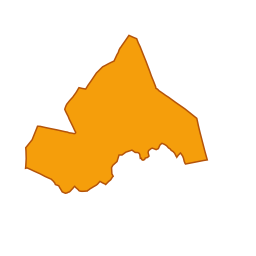 outline of Al-Hamza, Al-Qādisiyyah, Iraq, rotated 204°
{"feature_id": "34846034B52721484909076", "entity_name": "Al-Hamza", "entity_type": "district", "adm_level": 2, "iso_a3": "IRQ", "parent_name": "Iraq", "parent_adm1": "Al-Qādisiyyah", "projection": "equal_earth", "projection_center": [44.892, 31.592], "detail": "fine", "context": "isolated", "style": "filled", "palette": "amber", "viewbox_px": 256, "rotation_deg": 204, "n_neighbors": 0, "source": "geoboundaries", "source_scale": "gbopen_adm2", "svg_char_len": 2792}
<svg xmlns="http://www.w3.org/2000/svg" viewBox="0 0 256 256"><g transform="rotate(204 128 128)"><path d="M205.2,49.5L204.8,49.8L204.2,50.4L203.8,50.5L202.0,50.5L201.3,50.5L200.0,50.5L196.3,50.4L194.1,50.4L192.8,50.4L189.6,50.4L184.1,50.0L179.3,50.0L177.6,50.0L177.0,50.0L175.8,49.4L174.9,49.2L172.4,47.9L171.8,47.2L171.3,46.8L168.9,47.0L168.2,47.0L167.7,47.0L166.6,46.1L165.7,45.4L164.7,44.8L163.8,44.1L162.9,43.5L162.4,43.1L162.1,42.9L160.9,42.9L160.1,42.9L159.5,42.9L159.1,42.9L158.5,43.0L157.2,44.0L156.4,45.1L155.7,45.6L155.4,46.1L155.0,47.0L154.8,47.6L154.4,49.0L153.9,50.0L153.7,51.0L153.5,51.9L153.0,52.7L152.9,53.0L152.4,52.7L151.0,52.2L149.6,51.8L148.4,51.4L147.5,50.9L147.1,50.8L146.6,50.8L145.9,50.9L144.3,51.4L142.5,52.3L141.0,53.1L140.1,53.6L139.6,53.8L139.3,54.7L138.8,55.3L138.4,56.1L137.8,57.2L136.3,59.3L135.3,60.8L134.7,61.5L134.5,61.9L133.8,62.8L133.1,64.1L132.7,65.3L132.2,66.9L131.9,67.8L128.4,67.5L127.7,67.5L127.4,67.5L126.6,67.5L126.2,67.5L125.4,67.3L125.0,68.4L124.8,69.0L123.9,71.4L123.1,72.9L122.7,73.8L122.6,74.6L122.4,75.9L122.4,76.4L121.9,77.9L124.1,79.6L126.9,85.1L126.7,87.7L124.4,92.9L125.2,99.7L122.5,100.9L120.1,105.1L115.4,109.4L111.5,108.6L108.9,109.6L107.3,109.3L106.3,108.3L104.4,105.3L103.8,105.8L102.5,104.7L101.2,104.7L100.0,106.0L100.0,107.5L98.2,109.0L97.4,110.9L99.7,113.8L100.0,115.8L98.5,118.6L97.7,119.4L96.1,119.6L93.5,119.7L91.9,121.5L91.9,125.4L90.8,127.8L88.1,127.9L85.5,127.5L82.9,126.3L80.9,126.0L79.6,125.2L77.1,124.8L75.1,123.9L72.3,121.6L71.6,121.3L71.5,121.2L71.1,123.3L70.1,126.1L69.9,126.5L68.0,125.4L66.6,124.5L64.9,122.8L63.0,120.3L61.4,118.8L60.8,118.5L50.1,126.0L45.7,129.1L42.6,131.1L48.4,138.1L60.8,153.7L64.7,158.8L67.1,162.1L69.1,164.8L73.0,165.8L83.7,168.6L95.2,170.8L103.5,172.6L106.9,173.1L109.7,173.7L112.9,174.3L114.7,174.6L116.9,175.5L118.6,175.6L119.5,176.9L123.1,180.5L127.8,185.0L131.1,188.5L138.5,196.0L144.5,201.8L150.0,207.2L153.2,209.9L156.4,213.1L159.6,213.0L162.3,213.0L164.8,213.0L166.2,205.4L167.1,200.9L167.3,199.4L167.7,198.2L167.9,195.7L167.6,192.9L167.9,190.6L168.0,183.5L170.6,180.5L172.6,178.0L174.5,175.5L175.5,174.3L176.1,173.5L176.8,171.7L178.3,167.7L179.2,165.5L179.7,162.7L180.9,155.8L181.8,151.4L182.5,146.4L186.0,145.5L189.2,144.9L189.3,144.3L189.6,141.5L189.9,139.1L190.6,135.8L191.0,133.7L191.7,131.7L192.6,128.8L193.2,126.4L193.4,125.8L193.6,124.9L193.7,123.3L193.6,121.3L193.4,119.4L192.2,118.2L189.7,116.1L187.4,114.3L185.3,112.2L178.8,106.8L175.4,103.8L174.2,103.0L173.9,102.3L174.3,101.3L175.1,100.9L176.1,100.7L178.1,100.2L179.7,99.7L181.8,99.6L183.6,99.1L186.6,98.5L192.1,97.4L199.6,95.7L203.8,94.8L208.8,93.8L211.3,92.9L211.4,92.7L211.3,91.9L211.0,83.7L210.8,78.2L213.4,68.4L212.0,65.8L208.5,58.5L206.1,52.2L205.2,49.5Z" fill="#f59e0b" stroke="#b45309" stroke-width="1.5"/></g></svg>